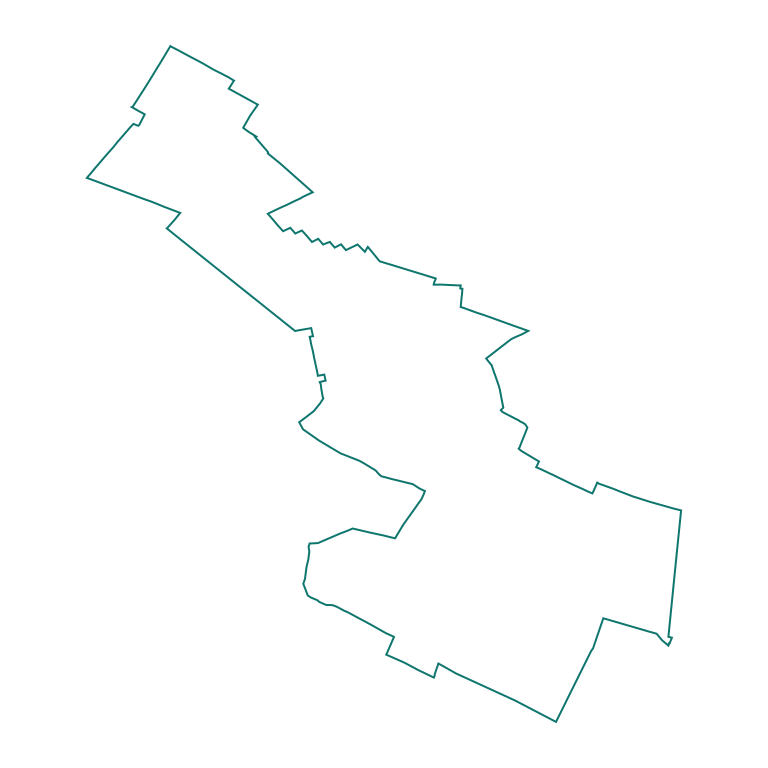 the district of Los Reyes de Juárez, Puebla, Mexico
{"feature_id": "50627088B78424416735733", "entity_name": "Los Reyes de Juárez", "entity_type": "district", "adm_level": 2, "iso_a3": "MEX", "parent_name": "Mexico", "parent_adm1": "Puebla", "projection": "mercator", "projection_center": [-97.83, 18.968], "detail": "fine", "context": "isolated", "style": "outline", "palette": "teal", "viewbox_px": 768, "rotation_deg": 0, "n_neighbors": 0, "source": "geoboundaries", "source_scale": "gbopen_adm2", "svg_char_len": 3991}
<svg xmlns="http://www.w3.org/2000/svg" viewBox="0 0 768 768"><path d="M556.0,721.9L569.9,693.8L591.2,650.9L593.0,648.5L603.3,618.3L649.4,631.7L650.9,632.1L656.6,633.7L662.1,640.3L668.4,645.6L668.5,645.3L668.9,643.4L669.5,643.6L671.9,637.7L668.4,636.8L676.1,559.7L681.1,510.4L673.8,508.6L649.8,501.8L634.4,496.9L634.1,496.9L618.2,490.8L617.6,490.5L612.5,488.5L612.2,488.4L599.0,483.7L597.2,482.6L594.5,489.0L592.9,492.5L592.4,493.4L589.2,492.1L583.0,489.2L572.5,484.5L562.2,479.4L561.9,479.3L551.8,474.3L551.6,474.3L548.8,473.0L541.7,469.6L536.2,467.2L539.0,461.5L521.3,450.9L518.7,448.7L519.0,448.2L519.5,447.6L521.8,441.6L521.9,441.4L524.7,434.5L526.0,431.2L527.4,427.6L525.2,424.3L523.1,422.9L522.8,422.7L519.9,421.4L519.3,420.7L514.8,418.4L506.0,413.9L502.4,411.9L500.8,410.2L503.3,407.6L501.9,400.6L499.8,389.4L498.6,385.3L496.9,380.3L496.8,380.1L494.6,373.7L494.4,373.4L491.5,364.9L491.1,364.6L490.8,364.3L486.4,358.8L486.2,358.5L499.2,348.4L501.0,347.0L506.7,342.6L510.5,339.7L511.5,339.0L515.4,337.1L522.2,334.2L528.2,330.9L512.7,325.4L501.9,321.5L483.8,315.0L477.0,312.8L463.5,307.9L460.7,307.0L461.7,296.6L462.1,293.3L462.4,288.8L460.3,288.5L460.3,288.1L460.4,287.4L460.7,285.4L457.9,285.4L440.9,284.6L434.4,284.7L433.7,284.7L434.1,282.5L435.4,279.7L435.8,278.5L379.7,261.3L377.2,258.3L376.1,256.9L368.1,247.2L367.8,246.9L364.9,251.8L364.7,251.6L357.8,244.7L357.6,244.5L345.9,250.1L341.0,244.3L340.8,244.4L334.7,247.6L329.8,241.9L323.1,244.5L318.2,238.8L312.0,242.0L306.9,236.0L301.9,230.5L295.3,233.5L290.3,227.8L283.1,231.2L277.9,225.5L273.2,219.9L270.3,216.6L267.8,213.8L274.9,210.3L281.8,207.1L287.7,204.5L288.0,204.3L294.3,201.2L300.4,198.4L300.6,198.4L301.9,197.4L307.0,194.9L312.7,192.3L280.2,163.5L267.8,153.4L268.1,152.5L267.6,151.6L255.0,137.0L256.2,136.5L248.7,131.9L243.9,128.4L243.2,127.8L243.4,127.4L250.3,115.4L257.8,104.7L251.9,101.4L228.8,88.7L229.5,87.6L229.7,87.3L230.9,85.5L232.7,82.6L234.0,80.7L228.2,77.1L222.2,74.0L215.8,70.8L213.3,69.5L209.2,67.1L203.0,63.5L196.5,60.0L191.1,57.2L184.0,53.4L177.5,49.9L170.9,46.5L170.4,46.1L169.2,48.1L166.3,52.9L165.4,54.5L162.6,59.0L161.6,60.7L159.1,64.9L158.9,65.1L155.2,71.2L151.4,77.4L147.7,83.4L143.9,89.4L141.9,92.5L137.8,98.9L136.2,101.4L132.7,106.7L131.8,107.1L138.6,111.0L142.3,113.0L144.7,114.3L144.6,114.6L139.3,124.8L138.6,125.7L137.6,125.6L135.5,124.7L133.4,123.9L130.4,127.1L117.3,142.2L113.5,147.0L106.8,154.5L104.1,157.6L99.2,163.4L95.0,168.2L90.5,173.7L88.1,176.4L86.9,177.9L144.4,199.2L151.0,201.5L157.3,204.0L163.6,206.6L170.2,209.1L180.2,212.9L174.4,220.1L173.9,220.6L171.7,223.1L170.3,224.6L169.4,225.6L169.1,226.0L167.2,228.0L166.8,228.4L182.6,241.1L234.1,282.3L295.1,331.0L295.4,330.9L311.2,328.1L313.0,336.2L309.7,336.8L311.0,343.1L311.0,343.6L312.6,350.0L313.9,356.3L313.9,356.8L316.6,369.2L316.8,369.7L317.9,375.8L324.3,374.6L325.6,380.7L324.1,381.0L319.7,382.1L320.7,384.1L320.8,384.6L321.4,389.7L321.5,390.0L322.6,396.3L323.3,398.4L322.9,399.1L320.0,403.5L313.7,411.2L313.2,411.6L302.1,420.1L300.3,421.4L299.2,422.2L303.0,429.3L319.1,440.6L340.6,453.4L359.4,460.8L363.9,463.3L372.9,468.8L374.5,469.7L375.6,470.5L376.4,471.3L378.2,473.4L379.4,474.6L380.5,475.6L381.5,476.3L388.0,478.0L392.0,479.1L397.1,480.3L402.7,481.7L408.0,483.0L412.7,484.1L420.0,488.8L424.9,491.0L423.7,494.3L421.6,498.9L418.0,504.0L413.6,510.2L407.8,518.3L404.0,523.7L403.8,523.9L402.9,525.3L395.1,538.3L393.3,537.9L386.8,536.3L382.8,535.3L381.1,535.0L378.9,534.5L368.8,532.3L366.7,531.8L357.7,529.7L352.7,528.5L347.6,530.7L343.7,532.2L342.0,532.8L341.6,532.9L317.9,543.1L309.6,543.5L308.6,546.8L309.3,551.7L308.3,559.6L306.5,567.1L305.5,574.9L305.0,578.8L303.3,583.8L307.8,595.5L310.9,597.5L317.1,600.1L319.3,601.9L326.0,604.9L332.8,605.2L336.9,606.8L344.5,610.9L346.9,611.8L372.4,625.5L372.9,625.8L385.8,633.1L392.0,635.9L394.0,636.9L386.3,654.7L404.7,662.8L418.1,670.0L433.9,677.6L434.7,675.5L434.6,674.6L438.4,663.5L445.0,667.2L456.1,673.5L514.8,700.4L556.0,721.9Z" fill="none" stroke="#0f766e" stroke-width="2"/></svg>